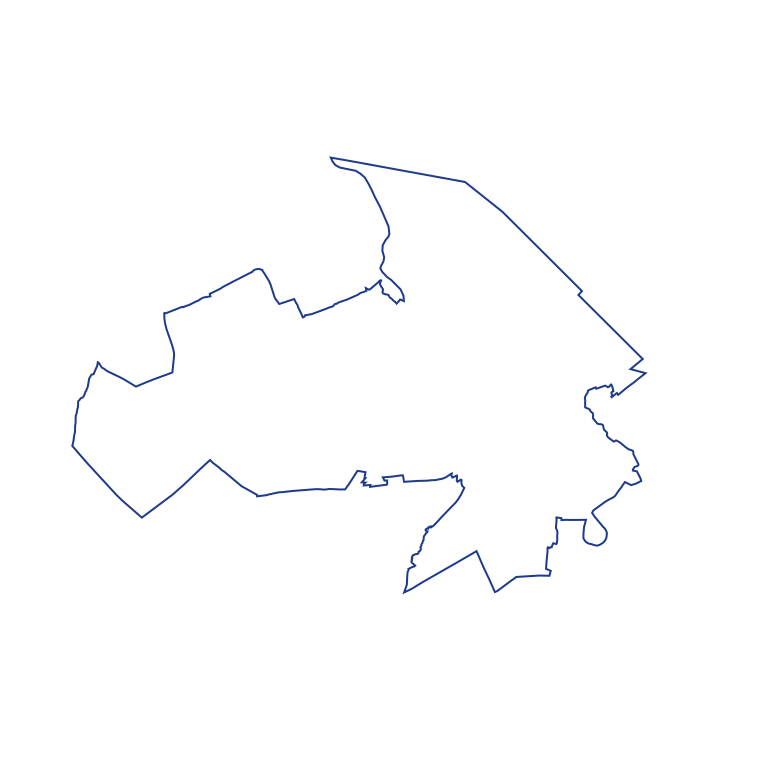 outline of Siret, Suceava, Romania, rotated 23°
{"feature_id": "2599482B44067509189222", "entity_name": "Siret", "entity_type": "district", "adm_level": 2, "iso_a3": "ROU", "parent_name": "Romania", "parent_adm1": "Suceava", "projection": "albers", "projection_center": [26.077, 47.951], "detail": "fine", "context": "isolated", "style": "outline", "palette": "blue", "viewbox_px": 768, "rotation_deg": 23, "n_neighbors": 0, "source": "geoboundaries", "source_scale": "gbopen_adm2", "svg_char_len": 6165}
<svg xmlns="http://www.w3.org/2000/svg" viewBox="0 0 768 768"><g transform="rotate(23 384 384)"><path d="M636.0,450.8L637.7,450.3L640.2,450.2L643.1,449.6L644.3,448.8L645.7,447.4L647.6,444.7L648.0,443.8L648.5,442.0L648.8,440.3L648.8,438.8L647.9,435.4L647.1,433.7L646.0,432.4L643.9,430.8L641.5,429.9L629.7,423.8L625.9,421.3L626.1,418.6L627.8,415.6L628.2,415.1L633.5,406.2L635.9,402.9L639.9,398.0L640.6,396.0L641.5,391.5L642.8,386.5L643.2,384.1L644.1,380.1L651.1,380.5L654.8,377.3L658.7,372.8L656.8,370.5L650.9,365.6L646.9,366.4L646.5,365.3L647.1,362.4L647.4,362.0L649.1,360.7L649.5,360.2L649.8,359.4L649.8,358.9L649.4,358.3L641.0,351.2L640.7,350.4L640.3,349.6L639.5,348.6L639.0,348.2L634.6,348.5L631.0,347.7L623.9,345.6L619.9,345.2L619.2,345.6L618.5,346.9L617.9,347.2L612.2,345.9L610.4,345.2L609.3,344.3L609.0,343.7L608.8,342.3L608.1,341.5L604.5,340.1L603.4,338.9L602.6,337.6L601.8,336.5L600.7,336.1L599.3,336.3L597.3,337.0L595.9,337.1L590.7,334.4L589.6,333.7L588.5,330.5L587.7,329.4L585.0,328.5L583.1,327.0L578.3,326.9L576.9,323.6L576.4,322.9L576.0,321.1L574.4,318.4L574.1,317.6L574.4,314.5L574.7,313.2L574.7,311.8L574.3,310.4L576.0,308.5L580.1,304.4L581.3,305.4L588.1,299.2L588.6,299.0L591.1,299.5L591.6,299.2L592.3,298.4L592.6,297.6L592.7,296.7L593.2,295.7L593.5,295.7L595.7,297.8L597.3,300.1L598.0,300.8L597.7,301.4L597.1,301.9L596.8,302.5L596.8,303.5L598.7,305.4L598.2,306.7L598.8,307.1L601.9,301.3L603.8,302.5L609.2,292.0L613.6,284.6L616.1,279.8L620.5,271.8L605.1,274.0L612.4,259.9L528.2,226.1L529.9,221.1L505.8,211.4L425.7,179.2L379.7,166.4L264.6,192.2L246.6,196.4L250.0,199.5L253.8,201.5L258.8,202.0L274.6,198.8L279.6,199.5L285.8,201.5L292.2,206.3L297.2,210.5L302.6,215.5L311.4,222.7L326.6,237.2L330.2,243.5L330.5,246.5L329.2,250.9L328.6,256.8L330.4,261.9L334.6,267.2L335.6,271.3L335.1,276.9L335.6,279.2L338.6,281.5L345.0,284.3L349.9,285.4L362.2,290.4L367.4,295.0L369.9,299.9L365.8,299.9L365.6,301.0L364.2,305.1L362.5,304.2L360.7,303.8L357.3,302.4L355.5,302.1L353.6,300.5L352.8,300.4L351.7,300.5L349.7,301.0L347.7,300.9L347.0,300.5L346.7,300.1L346.5,299.5L346.5,298.7L346.3,297.6L345.7,296.9L343.2,295.3L341.9,294.3L341.3,293.6L341.0,292.9L340.9,292.0L341.0,290.6L340.9,289.7L340.5,289.7L339.6,290.7L339.0,292.5L334.3,302.0L333.3,303.1L329.8,302.8L331.4,305.1L329.6,307.0L326.7,309.4L325.1,312.0L317.4,320.3L311.1,326.0L309.5,327.7L309.2,328.6L307.8,329.3L307.4,329.9L306.8,332.1L305.9,333.2L303.3,335.3L301.8,336.9L290.3,347.8L286.4,350.4L285.4,351.2L284.5,351.5L284.6,352.4L284.1,353.5L283.3,354.4L279.7,351.0L274.6,346.6L273.4,344.9L271.6,343.9L268.1,340.9L256.3,351.3L253.5,349.6L251.5,348.6L249.2,346.7L240.3,336.3L237.7,334.0L230.0,328.5L227.8,327.2L227.5,326.6L227.1,326.7L225.3,326.7L223.7,327.0L222.8,327.5L220.6,329.1L219.9,329.8L219.2,331.2L219.1,331.9L218.4,332.8L205.9,347.7L197.4,358.1L196.7,359.4L194.7,361.9L188.4,369.1L190.0,371.1L184.7,374.5L183.2,375.8L181.8,377.7L180.5,379.8L178.7,381.5L174.0,387.1L169.4,391.3L169.4,391.6L169.1,391.8L168.0,391.9L155.5,404.2L154.1,404.4L154.1,404.8L156.4,409.8L158.3,412.9L160.2,415.7L162.3,418.4L174.2,431.5L178.0,436.5L179.5,439.3L184.7,456.1L170.5,469.4L164.8,475.0L156.7,483.3L144.0,481.5L139.5,481.0L126.1,480.4L123.3,480.1L120.1,479.3L118.4,479.3L116.7,478.4L113.6,476.2L112.6,475.8L112.1,475.8L112.9,479.5L112.8,488.5L111.3,489.4L111.0,490.0L110.5,494.2L112.3,501.9L112.5,503.7L112.3,505.1L112.6,506.5L112.2,507.8L112.2,508.6L112.5,511.7L111.9,514.2L110.4,515.6L109.9,518.0L109.3,518.9L109.4,519.7L110.1,521.7L111.3,524.8L111.6,527.3L112.2,529.4L112.5,531.2L112.7,533.7L113.8,536.7L115.1,539.7L116.1,543.4L118.3,548.9L118.9,552.4L120.4,557.8L121.3,562.8L140.4,572.2L181.2,590.7L188.4,593.5L213.3,601.6L232.6,568.5L238.8,555.6L248.6,532.9L253.6,521.9L257.1,523.4L265.1,525.4L268.6,526.7L271.5,527.2L292.7,533.7L310.5,535.7L311.1,537.0L318.6,532.6L319.5,532.2L320.9,530.8L322.7,529.7L324.3,528.4L329.7,524.7L333.2,523.0L342.0,518.0L361.6,507.8L365.3,506.2L370.1,504.6L372.3,503.5L374.6,502.0L384.9,498.2L389.4,496.2L391.1,488.5L393.5,474.3L401.4,472.4L402.8,478.3L403.7,478.0L402.0,483.2L405.4,482.0L404.6,483.8L405.0,485.3L411.0,482.3L411.4,484.1L425.9,475.6L426.0,474.9L424.6,471.6L423.9,471.8L422.4,472.7L422.0,472.7L421.5,472.1L419.4,470.4L427.3,466.3L434.8,461.8L436.7,460.8L437.2,460.8L440.7,466.2L453.4,459.8L461.8,456.0L466.0,453.6L468.0,452.9L474.6,448.5L477.6,445.5L480.6,440.8L481.1,440.1L481.4,439.9L481.5,440.6L481.9,442.1L482.1,442.4L483.0,442.8L483.5,443.4L485.7,441.1L486.3,440.3L486.9,439.8L487.2,440.2L488.8,444.6L489.1,444.9L490.0,445.2L490.4,444.4L491.1,443.6L491.9,442.1L493.0,442.2L493.2,443.1L494.1,445.2L495.2,446.6L495.8,447.2L498.5,448.3L498.1,455.8L497.3,461.1L496.2,465.4L494.2,470.4L489.0,484.0L486.8,490.3L485.2,494.5L483.6,497.2L482.8,496.7L482.3,497.1L482.7,497.6L482.6,497.9L481.4,498.2L480.8,498.6L480.8,499.3L481.1,499.4L481.2,500.0L480.6,500.1L479.7,500.6L479.2,501.6L479.3,502.2L479.8,502.7L481.7,502.7L481.7,503.5L481.5,504.0L480.9,505.1L480.7,506.6L480.3,508.3L480.3,509.2L481.3,511.8L481.4,512.2L481.3,512.7L481.1,513.2L481.5,515.4L481.1,516.7L481.2,517.2L481.5,518.1L481.6,518.5L481.3,519.6L481.4,520.0L482.6,521.8L482.3,523.7L481.4,524.7L481.4,525.1L481.8,526.0L481.8,526.4L481.1,527.5L479.2,528.5L478.6,529.5L477.6,530.2L477.6,530.8L477.4,531.0L477.7,532.2L477.3,532.8L478.3,534.0L478.1,534.7L478.6,535.3L478.5,536.7L478.8,537.1L479.9,537.7L483.7,539.0L483.2,540.0L481.1,541.9L479.2,544.2L478.8,544.5L479.1,544.8L479.3,545.3L479.2,547.0L479.5,549.1L483.4,559.7L484.0,568.0L489.2,562.1L496.9,551.4L521.3,519.3L534.5,501.7L547.3,513.9L556.8,522.3L567.4,532.2L569.3,530.1L578.4,514.5L579.5,512.9L580.7,510.9L581.0,510.0L601.9,499.6L611.2,495.9L610.5,490.9L605.4,490.8L603.1,484.3L600.2,474.9L599.1,472.0L598.7,471.7L598.7,470.3L600.5,470.3L600.8,470.0L600.8,469.6L601.0,469.2L602.1,468.7L601.9,465.1L602.1,464.4L604.2,464.2L605.2,463.9L605.3,463.3L604.3,459.5L602.7,456.1L601.8,453.0L600.6,451.2L598.8,449.7L598.1,448.3L596.4,442.9L595.9,441.5L594.8,439.6L594.9,439.4L599.7,438.2L600.5,439.9L604.3,438.1L611.8,435.0L623.0,430.1L624.0,437.4L626.2,444.2L627.9,448.2L630.6,450.0L633.0,450.8L636.0,450.8Z" fill="none" stroke="#1e3a8a" stroke-width="2"/></g></svg>